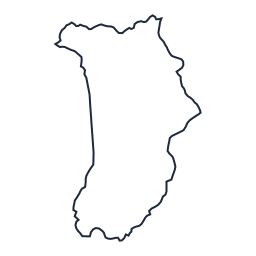 the district of Guapimirim, Rio de Janeiro, Brazil
{"feature_id": "56859067B76687286499853", "entity_name": "Guapimirim", "entity_type": "district", "adm_level": 2, "iso_a3": "BRA", "parent_name": "Brazil", "parent_adm1": "Rio de Janeiro", "projection": "mercator", "projection_center": [-42.966, -22.59], "detail": "fine", "context": "isolated", "style": "outline", "palette": "slate", "viewbox_px": 256, "rotation_deg": 0, "n_neighbors": 0, "source": "geoboundaries", "source_scale": "gbopen_adm2", "svg_char_len": 2443}
<svg xmlns="http://www.w3.org/2000/svg" viewBox="0 0 256 256"><path d="M161.4,18.4L158.4,19.2L156.2,19.3L155.1,16.9L152.6,15.4L149.9,17.1L147.6,20.1L146.0,21.7L143.8,22.1L141.3,21.2L137.5,22.0L134.7,24.0L133.7,27.9L131.2,29.0L129.3,27.9L126.7,29.5L124.6,31.0L122.3,33.1L118.9,33.0L116.7,31.0L113.7,27.5L110.9,26.4L108.5,26.4L105.8,25.9L103.4,25.2L101.5,24.4L99.3,24.9L96.2,26.2L93.6,27.5L91.3,29.0L89.1,29.2L86.4,26.7L83.3,25.9L80.2,24.7L78.4,25.9L76.1,26.0L74.3,24.1L71.6,22.5L69.4,24.1L66.5,25.3L64.6,28.0L61.8,30.3L60.0,34.1L59.6,37.3L60.6,40.5L57.9,42.6L55.4,44.0L57.3,45.5L60.1,47.1L62.3,46.7L64.9,47.0L67.7,48.4L71.3,50.0L74.7,51.1L77.1,53.2L79.8,55.5L81.4,57.0L81.7,59.4L81.4,63.0L80.9,66.4L83.3,67.7L85.0,70.2L84.4,74.4L86.3,77.6L89.5,94.1L89.8,98.0L90.1,103.6L90.4,107.6L90.6,110.8L91.1,117.5L91.4,122.4L92.1,131.7L93.6,152.8L93.3,164.7L91.1,167.7L89.6,170.0L88.0,172.7L86.4,175.8L85.7,178.8L85.7,181.6L85.5,183.9L85.1,187.0L82.0,188.7L80.3,191.3L79.3,193.6L78.0,195.7L76.5,198.1L74.8,200.6L74.3,203.5L73.5,207.0L73.4,210.0L76.4,211.8L74.7,216.3L76.9,218.2L78.5,219.9L76.5,221.5L75.5,224.9L76.1,227.9L77.9,230.8L80.2,233.2L82.3,236.2L86.3,236.3L89.9,236.3L90.9,232.3L93.0,229.5L95.8,228.0L99.2,228.6L102.4,231.0L104.0,232.9L104.6,235.1L105.6,237.5L108.1,238.6L110.7,238.9L113.5,238.4L115.7,237.8L118.1,237.8L119.6,240.6L121.8,240.4L124.3,238.0L125.8,234.5L128.5,235.6L129.8,233.1L131.4,231.6L131.5,229.0L133.8,227.5L136.5,226.5L139.1,225.9L141.6,223.9L143.6,220.6L145.4,217.5L147.1,215.7L150.2,214.4L149.1,211.0L151.7,208.5L155.8,206.4L158.3,204.7L160.7,202.0L162.0,199.0L162.9,196.5L165.4,194.7L166.5,191.5L166.5,188.4L166.5,184.7L166.5,181.6L171.4,179.6L172.5,176.1L173.6,173.1L174.8,169.7L175.4,166.7L174.5,162.7L173.6,159.5L172.5,156.6L169.5,153.7L167.6,151.0L168.0,147.5L168.4,145.2L169.2,141.6L169.8,138.1L171.9,136.0L175.1,134.4L178.0,133.0L180.9,131.6L183.6,130.1L185.7,126.8L187.5,122.8L189.7,120.3L192.0,118.6L194.2,117.1L196.1,115.8L198.6,114.3L200.6,112.6L200.0,110.2L198.6,107.2L196.8,104.2L194.6,102.4L192.8,99.8L190.5,97.8L187.9,96.2L185.5,93.4L184.7,90.0L183.6,88.0L182.0,86.1L181.3,83.1L180.7,79.9L180.6,76.6L178.2,74.4L176.6,71.7L179.0,70.0L181.9,67.9L183.3,65.3L183.2,61.6L181.4,59.3L178.1,58.1L174.5,57.0L171.7,55.8L169.9,53.5L167.9,49.9L166.8,47.2L165.2,44.9L163.8,41.9L162.0,39.9L160.0,37.7L158.9,35.1L158.4,32.5L158.9,29.5L159.5,25.9L160.1,21.9L161.4,18.4Z" fill="none" stroke="#1e293b" stroke-width="2"/></svg>